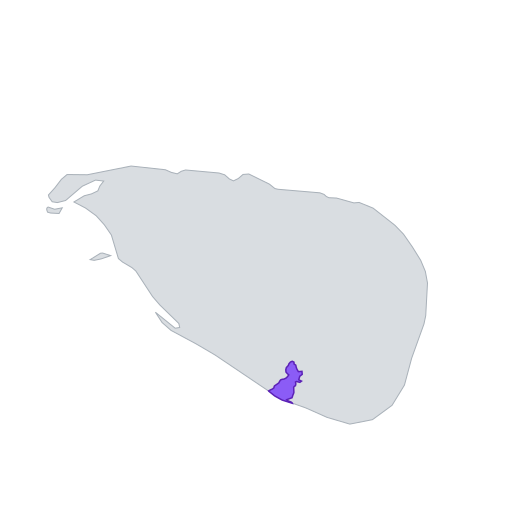 where Kŏḷamba sits in Sri Lanka, rotated 309°
{"feature_id": "LKA-2470", "entity_name": "Kŏḷamba", "entity_type": "District", "adm_level": 1, "iso_a3": "LKA", "parent_name": "Sri Lanka", "parent_adm1": "", "projection": "albers", "projection_center": [80.037, 6.845], "detail": "fine", "context": "in_parent", "style": "filled", "palette": "violet", "viewbox_px": 512, "rotation_deg": 309, "n_neighbors": 0, "source": "natural_earth", "source_scale": "10m", "svg_char_len": 2019}
<svg xmlns="http://www.w3.org/2000/svg" viewBox="0 0 512 512"><g transform="rotate(309 256 256)"><path d="M172.8,56.3L182.6,56.8L193.1,56.5L200.4,57.9L213.0,73.8L247.3,102.3L266.0,131.3L267.7,137.6L270.3,143.1L274.8,144.6L278.5,147.1L297.2,175.0L299.4,180.6L299.1,186.7L300.2,191.2L305.1,193.5L311.2,194.6L315.2,198.8L320.3,221.2L320.3,228.2L321.7,231.1L345.3,265.9L346.7,270.1L346.5,273.3L347.2,276.0L351.7,282.1L358.9,298.7L362.5,302.4L366.9,316.9L367.3,344.6L365.8,356.9L361.4,372.0L356.3,386.7L350.6,397.3L342.9,406.3L316.5,425.4L308.9,429.3L274.5,441.3L249.1,452.6L225.6,455.7L202.1,449.5L184.4,434.7L175.3,412.8L169.2,390.1L160.2,364.7L153.3,286.5L150.0,264.7L144.7,236.8L145.2,224.8L149.0,213.2L149.0,238.6L152.4,241.7L155.0,238.5L157.4,212.2L159.4,201.1L168.7,172.1L168.9,167.0L167.3,156.1L167.4,150.7L181.3,130.4L184.8,118.5L186.7,106.5L186.0,93.4L183.4,80.5L194.7,84.6L200.8,89.1L207.1,92.1L212.2,90.6L218.4,90.5L214.0,83.5L200.9,77.1L179.3,73.1L172.5,68.0L169.9,63.5L171.3,58.3L172.8,56.3ZM161.8,135.0L164.8,142.8L156.3,137.5L150.8,133.0L148.8,129.4L160.3,133.4L161.8,135.0ZM171.5,75.1L165.1,76.2L160.1,69.3L158.9,66.4L160.2,64.3L161.6,63.3L163.2,63.6L165.6,70.1L171.5,75.1Z" fill="#d9dde1" stroke="#a8b0b8" stroke-width="1"/><path d="M164.4,376.9L160.5,367.0L159.1,359.2L159.0,358.4L159.0,351.0L159.1,350.7L161.3,351.6L163.0,352.5L164.9,352.9L165.7,352.4L166.6,352.1L171.7,353.6L173.5,353.2L175.2,353.1L176.6,353.9L177.8,355.1L179.0,355.7L180.2,356.2L182.0,356.4L184.2,356.3L184.3,354.3L184.7,352.3L186.4,350.7L188.4,349.8L191.2,350.0L193.0,349.4L195.3,349.5L197.0,350.4L197.4,352.3L196.0,353.6L196.1,354.6L196.2,355.6L194.9,357.2L193.8,359.0L193.3,360.4L192.8,361.7L195.3,364.3L193.1,366.4L190.1,365.7L186.7,367.1L187.4,370.1L185.4,369.6L184.0,366.5L183.5,366.2L182.9,366.0L181.6,367.5L180.0,368.3L178.9,367.8L177.7,367.9L173.8,371.3L172.6,371.8L171.4,372.1L168.5,373.2L163.7,370.3L163.6,372.0L164.2,373.9L164.6,375.2L164.6,376.5L164.4,376.9Z" fill="#8b5cf6" stroke="#5b21b6" stroke-width="1.5"/></g></svg>